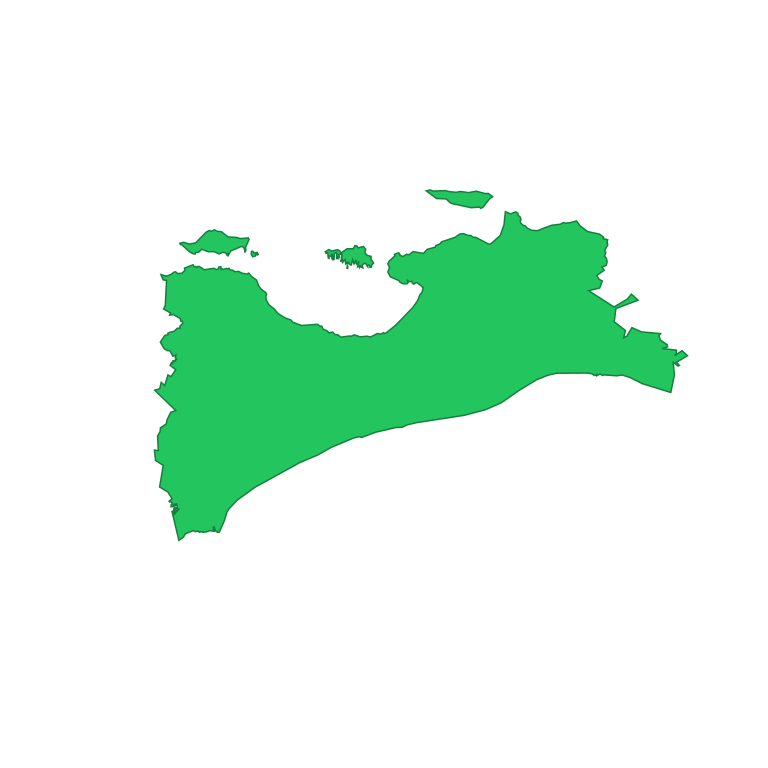 La Paz, Baja California Sur, Mexico, rotated 302°
{"feature_id": "50627088B19134439985606", "entity_name": "La Paz", "entity_type": "district", "adm_level": 2, "iso_a3": "MEX", "parent_name": "Mexico", "parent_adm1": "Baja California Sur", "projection": "orthographic", "projection_center": [-110.497, 24.115], "detail": "fine", "context": "isolated", "style": "filled", "palette": "green", "viewbox_px": 768, "rotation_deg": 302, "n_neighbors": 0, "source": "geoboundaries", "source_scale": "gbopen_adm2", "svg_char_len": 6165}
<svg xmlns="http://www.w3.org/2000/svg" viewBox="0 0 768 768"><g transform="rotate(302 384 384)"><path d="M171.1,322.9L183.3,321.1L192.2,318.7L196.2,318.7L208.2,321.2L228.4,329.5L272.3,354.0L289.0,365.6L302.6,373.0L321.9,386.7L326.0,390.6L326.8,393.4L338.6,402.4L353.4,417.1L356.7,422.2L361.6,425.3L368.3,431.9L400.2,468.9L415.9,483.6L430.2,493.4L450.9,502.3L468.5,511.2L478.1,518.2L484.5,524.5L500.7,550.1L503.0,555.1L502.6,557.4L503.4,557.7L503.5,559.8L504.9,559.6L504.5,560.5L507.0,562.0L507.0,564.9L508.2,565.5L514.3,577.1L517.8,581.2L519.8,588.8L521.2,603.0L528.8,631.7L545.4,625.6L555.6,617.8L555.1,623.9L556.3,624.6L557.3,620.4L568.8,626.4L570.2,619.1L562.0,615.4L564.5,615.9L567.7,614.0L561.5,601.2L565.8,604.8L567.3,603.4L567.8,594.9L570.6,591.6L573.3,591.8L564.6,574.7L563.2,564.4L553.2,564.6L550.3,562.8L557.3,560.4L558.8,546.3L570.8,540.7L589.7,555.0L591.3,546.2L584.8,545.3L571.2,538.2L571.6,508.1L579.7,516.1L587.1,514.5L586.7,511.1L588.7,507.0L597.2,510.4L598.6,506.9L602.3,509.5L605.9,508.5L608.6,505.8L609.3,503.2L612.9,502.5L613.5,501.0L615.2,500.2L620.3,500.2L622.7,497.9L624.9,497.2L623.4,493.0L624.8,492.6L625.3,487.3L621.2,476.0L622.0,466.6L624.3,460.9L619.5,456.4L616.3,452.3L616.1,450.7L613.0,448.9L607.5,442.1L595.3,432.8L592.6,427.7L592.1,422.9L593.0,420.0L592.3,418.1L593.0,414.7L594.3,413.0L596.0,413.1L597.7,411.2L598.2,408.4L599.8,406.9L599.8,404.6L595.3,401.1L594.5,395.6L582.6,401.4L571.6,403.9L559.1,400.2L558.1,398.5L557.0,384.1L555.7,382.1L556.0,378.9L554.7,376.9L553.5,371.4L551.4,368.8L546.0,366.5L535.1,357.5L532.4,357.2L528.9,354.6L527.3,355.0L521.0,349.2L515.7,348.3L511.6,338.4L507.1,337.0L506.0,334.5L501.9,332.3L501.8,329.0L503.0,327.9L502.8,326.6L499.4,324.2L498.5,325.3L491.0,323.3L487.8,323.6L485.9,326.9L481.0,327.9L478.2,332.6L479.6,341.8L478.8,343.3L479.1,347.0L481.2,350.5L483.0,350.7L483.6,349.4L484.3,348.9L484.0,351.1L485.8,353.1L484.5,354.6L484.5,356.4L486.9,357.3L487.4,358.6L486.7,366.1L486.4,364.9L486.3,366.2L481.7,367.7L479.3,367.1L472.6,368.3L464.3,367.9L440.5,362.9L428.3,358.7L427.0,357.5L427.4,356.5L424.7,355.0L423.3,351.6L416.7,347.7L415.5,344.1L411.4,338.9L410.0,332.8L406.7,330.6L406.7,329.6L400.8,322.5L401.3,318.9L400.0,316.3L400.8,312.8L398.1,310.2L398.9,307.4L398.3,303.2L400.1,300.5L399.0,299.1L399.5,296.1L390.0,283.2L388.0,273.7L389.0,271.2L387.6,265.2L387.6,256.9L389.5,251.1L390.1,244.9L392.5,240.1L395.1,237.6L398.0,236.8L398.9,235.2L399.3,229.6L400.9,225.6L404.6,220.8L405.1,214.1L406.4,210.6L404.7,209.6L402.7,204.8L402.5,201.3L400.2,197.9L400.3,195.3L399.3,193.3L400.0,191.2L398.9,190.8L398.6,189.3L395.9,186.9L395.9,185.4L395.0,185.3L397.0,183.5L395.6,181.9L393.4,182.5L392.1,180.8L392.0,178.5L385.6,170.9L385.8,165.4L385.2,164.0L383.7,163.4L383.9,162.1L382.8,160.8L383.9,158.9L376.5,153.4L374.8,155.0L370.8,153.8L368.3,150.6L368.7,147.9L367.8,146.7L363.9,145.2L360.1,142.2L358.6,136.8L355.3,141.6L356.6,144.7L334.5,157.0L330.8,157.3L331.1,165.4L328.8,165.7L331.3,168.7L331.5,176.5L329.7,178.4L330.3,179.4L328.8,181.2L324.8,180.3L323.4,181.6L321.7,179.1L317.5,178.2L314.4,175.0L312.5,173.8L311.3,174.8L309.1,172.4L301.0,172.1L297.4,178.9L297.6,182.9L298.8,184.7L295.7,190.3L298.4,192.3L295.6,193.1L295.1,195.0L294.0,194.2L293.0,195.0L292.0,192.9L291.3,193.9L290.2,192.8L289.2,193.7L289.1,192.5L286.4,192.8L285.8,199.8L277.4,199.5L277.2,196.0L266.5,198.8L267.3,194.2L261.2,196.3L257.2,192.9L251.1,221.5L247.0,218.1L238.6,219.0L234.6,220.5L228.4,217.6L225.1,219.3L220.0,219.5L207.9,227.9L206.3,224.3L198.1,230.8L198.0,239.9L177.7,248.3L177.9,257.9L174.4,265.0L170.7,263.9L170.4,264.9L171.4,265.6L170.3,268.3L169.1,267.5L167.0,268.4L168.5,270.3L170.7,271.3L169.6,269.8L170.4,269.5L172.3,271.5L171.0,271.9L171.7,272.5L169.5,274.5L168.1,274.3L168.6,275.6L169.4,275.5L168.3,276.1L170.2,276.3L168.1,276.1L164.6,275.4L163.6,275.6L164.1,275.8L163.0,275.4L162.6,274.7L162.5,274.0L162.7,274.7L163.5,274.2L163.5,275.2L163.7,273.8L165.2,274.2L164.5,274.5L165.5,275.2L166.6,275.0L165.9,273.8L166.8,273.1L168.7,274.2L169.1,273.5L168.7,272.1L167.6,271.7L164.8,272.6L163.5,271.8L142.7,292.9L147.9,295.1L151.7,294.9L158.7,300.1L158.7,302.0L160.9,304.4L160.4,306.3L161.9,307.0L162.3,309.0L164.7,312.0L167.4,314.0L169.0,318.0L171.9,315.2L172.9,315.5L170.2,319.0L170.0,321.4L171.1,322.9ZM395.3,136.3L394.4,137.4L395.0,138.7L393.0,149.0L393.3,152.7L394.0,154.9L395.8,154.7L397.6,157.0L401.8,158.1L403.0,164.8L406.2,169.9L406.9,175.3L409.8,177.1L411.4,180.0L410.4,182.1L412.8,182.8L410.0,183.1L410.0,183.8L415.5,183.5L425.3,190.3L425.4,192.8L423.2,195.6L421.6,196.1L424.2,196.1L426.5,194.2L435.0,193.0L436.0,191.5L431.3,185.3L430.1,181.1L426.1,173.9L427.0,165.4L424.9,161.2L425.0,158.5L421.9,156.7L421.8,154.7L418.8,152.8L403.9,149.5L399.4,144.6L398.1,139.2L395.3,136.3ZM600.4,376.9L600.9,371.6L599.0,368.6L596.4,360.0L591.2,354.4L587.7,346.7L584.9,343.7L582.1,338.3L580.3,333.2L573.8,323.7L572.9,320.1L570.2,317.5L569.1,330.2L573.9,338.7L572.8,343.5L573.1,346.3L579.7,364.5L584.6,371.3L584.2,373.0L586.5,374.3L596.8,375.4L600.4,376.9ZM479.1,281.0L473.2,278.5L468.5,281.3L464.7,282.3L467.4,282.9L465.2,284.4L469.0,285.1L466.1,287.5L467.0,287.4L466.5,288.4L468.0,288.3L466.6,289.2L468.5,289.7L467.0,291.4L467.6,293.2L472.9,291.5L469.9,295.0L474.5,294.6L471.8,296.1L471.1,297.5L474.9,297.7L469.4,299.6L471.0,300.3L470.0,301.5L472.2,301.0L470.9,301.8L471.3,304.6L473.0,302.5L476.0,303.5L476.6,304.1L474.9,308.0L476.1,307.2L477.1,308.1L475.6,310.4L476.4,311.4L478.4,310.5L481.0,311.1L483.1,306.6L485.4,305.5L484.2,301.7L485.1,298.2L488.6,297.1L489.7,293.6L485.8,290.0L486.7,288.1L486.0,286.0L482.4,286.3L479.1,281.0ZM468.8,266.0L465.0,264.1L464.1,265.6L465.5,266.8L461.3,269.9L461.4,270.8L463.3,269.7L464.3,270.6L464.0,271.6L466.3,271.1L465.3,272.7L462.0,273.5L463.6,273.9L462.3,275.0L463.1,275.7L468.4,272.7L470.2,274.0L464.8,277.8L467.1,277.2L466.1,278.7L468.1,279.1L469.5,276.9L471.8,279.2L473.4,276.2L473.3,273.4L469.1,269.4L468.8,266.0ZM427.0,202.2L426.1,201.4L423.6,202.7L422.3,205.2L424.5,207.2L426.6,206.6L427.2,207.6L426.5,208.3L427.2,208.7L428.3,206.6L426.4,205.0L427.0,202.2ZM464.8,290.3L462.5,291.3L462.7,291.9L464.2,291.4L464.8,290.3Z" fill="#22c55e" stroke="#15803d" stroke-width="1.5"/></g></svg>